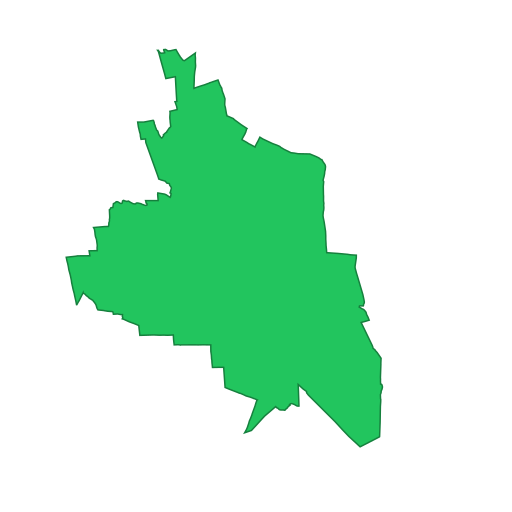 Sipote, Iasi, Romania (Equal Earth projection), rotated 20°
{"feature_id": "2599482B43206903693326", "entity_name": "Sipote", "entity_type": "district", "adm_level": 2, "iso_a3": "ROU", "parent_name": "Romania", "parent_adm1": "Iasi", "projection": "equal_earth", "projection_center": [27.182, 47.479], "detail": "fine", "context": "isolated", "style": "filled", "palette": "green", "viewbox_px": 512, "rotation_deg": 20, "n_neighbors": 0, "source": "geoboundaries", "source_scale": "gbopen_adm2", "svg_char_len": 6053}
<svg xmlns="http://www.w3.org/2000/svg" viewBox="0 0 512 512"><g transform="rotate(20 256 256)"><path d="M294.2,163.0L293.1,161.9L292.7,157.7L292.3,155.2L291.8,153.4L291.6,152.2L291.6,151.4L290.9,148.7L290.6,147.9L289.9,146.9L289.3,146.3L286.7,144.5L284.9,142.9L284.1,143.1L281.6,142.3L278.5,142.0L271.7,141.7L260.6,145.5L256.7,146.2L253.5,147.0L245.4,146.1L243.7,145.7L242.6,145.6L240.8,144.9L237.7,144.7L233.2,144.7L222.4,143.7L219.0,143.0L218.5,147.9L218.2,149.4L218.2,149.7L217.8,152.8L217.8,153.9L212.4,153.1L211.0,153.0L208.5,152.4L203.0,151.5L203.0,150.3L203.9,144.7L203.8,144.4L204.0,143.0L203.9,142.4L203.9,141.3L203.7,140.3L204.0,139.3L197.2,137.7L189.4,135.4L188.2,135.0L188.0,134.7L187.5,134.6L180.6,134.2L180.3,133.4L179.6,132.5L176.4,126.9L175.4,125.5L174.9,124.6L174.5,123.5L173.1,118.9L170.1,115.1L169.0,113.9L167.5,112.0L166.4,110.0L165.9,109.6L165.3,109.3L165.0,108.8L163.6,107.7L160.1,103.6L153.3,109.0L152.6,109.8L151.2,110.9L149.4,112.5L146.1,115.0L141.3,118.8L140.4,119.7L139.9,118.5L138.0,112.4L136.6,108.3L135.5,104.1L134.6,99.3L134.2,97.9L132.7,94.5L131.4,90.7L130.2,88.2L130.0,87.7L129.6,86.0L122.0,96.9L120.6,97.1L119.2,96.3L117.9,95.5L116.7,94.8L115.7,93.9L115.2,93.6L112.0,91.0L110.2,89.4L109.1,90.0L105.4,92.4L103.2,93.4L100.4,92.8L98.7,93.6L98.7,93.9L100.7,96.2L99.7,96.9L97.2,98.0L96.5,97.8L94.6,96.8L94.0,96.1L93.2,96.4L93.8,96.8L94.7,97.7L95.5,98.8L100.5,105.9L107.4,115.5L110.6,120.1L118.9,115.1L125.7,131.0L128.1,136.5L128.8,137.8L127.1,138.7L130.3,142.6L131.1,144.0L131.8,145.4L125.6,149.5L125.9,149.9L126.5,151.5L127.5,154.9L128.3,156.8L128.7,157.6L128.8,157.7L129.6,159.6L131.6,163.5L131.2,164.8L130.8,165.2L129.5,170.1L129.7,170.4L129.0,171.1L128.4,172.1L127.5,174.0L128.1,174.6L127.5,176.5L127.1,177.4L125.8,177.0L123.1,175.0L121.2,172.5L120.8,172.1L119.7,171.8L117.0,168.7L116.4,167.7L115.3,166.7L114.7,165.4L113.3,163.7L112.9,163.7L104.8,168.5L99.0,170.6L101.3,174.9L104.4,179.6L104.9,180.2L105.6,181.2L106.4,183.0L108.1,185.7L112.1,183.8L113.7,187.1L114.1,187.6L135.4,213.2L137.9,216.3L138.2,216.9L140.8,217.0L144.9,216.7L145.5,217.1L146.2,217.3L146.7,217.7L147.3,218.0L149.8,217.6L150.7,219.0L152.7,220.4L153.1,220.8L153.3,221.3L153.6,224.7L153.6,226.1L154.7,226.2L154.8,226.3L155.2,227.9L155.4,229.9L155.3,230.3L150.7,229.2L149.0,229.1L142.2,230.3L142.5,231.7L145.1,237.4L133.3,241.7L134.2,242.9L134.4,243.3L134.4,243.6L134.8,243.9L135.5,244.0L135.7,244.5L136.2,245.1L136.1,245.5L135.1,246.2L133.9,246.4L132.6,246.3L131.4,246.4L130.0,246.2L126.8,246.6L125.5,247.1L125.3,247.3L125.1,248.1L124.9,248.3L124.0,248.6L122.6,248.9L119.7,248.5L117.5,248.0L117.0,248.1L116.4,248.7L115.8,249.0L115.0,248.9L113.6,249.2L113.0,249.0L112.6,249.0L112.3,249.2L111.8,249.9L112.0,250.7L111.9,251.0L112.2,251.8L112.0,252.2L111.5,252.7L110.9,252.9L110.3,252.9L108.0,252.4L107.2,252.4L106.5,252.6L106.0,252.9L106.0,253.2L105.7,253.6L105.7,253.8L105.0,254.6L104.5,255.2L104.1,255.5L104.9,259.4L103.2,260.2L103.0,260.8L102.9,262.1L102.8,262.3L102.4,262.7L104.8,268.4L105.5,270.3L105.8,272.0L106.3,273.1L106.4,273.7L106.4,275.2L107.0,277.1L107.2,278.7L103.5,280.2L93.6,284.8L95.0,286.1L96.3,288.4L97.5,290.9L98.6,292.8L99.7,294.1L100.6,295.3L103.0,299.9L103.4,300.9L103.8,302.5L104.9,305.3L97.4,308.2L99.8,312.6L88.3,316.9L86.4,318.0L78.1,322.1L80.0,325.2L81.7,327.6L83.3,330.2L84.8,332.9L87.9,337.3L89.4,339.7L90.8,342.0L91.9,344.1L93.7,347.0L94.2,347.7L94.5,348.3L95.8,350.3L98.0,353.4L99.0,355.1L102.2,360.1L104.0,363.1L104.3,363.0L104.8,359.5L105.0,359.0L106.1,349.7L106.2,349.9L106.6,350.0L108.6,350.4L109.9,351.2L112.3,351.9L113.8,352.7L115.6,353.0L116.6,353.3L117.4,353.3L117.8,353.4L118.5,354.0L120.1,354.9L122.0,356.3L122.9,357.3L123.7,358.5L124.7,359.7L125.9,360.7L131.6,359.3L132.5,359.2L135.7,358.6L140.0,357.4L140.8,357.6L141.9,359.5L145.8,357.8L149.0,357.3L150.6,356.7L150.8,357.3L151.1,358.6L151.7,359.1L151.9,359.5L151.8,360.8L153.4,360.7L159.3,361.2L164.7,361.2L169.6,361.4L174.0,370.3L186.8,365.2L192.5,363.4L196.3,361.9L200.1,360.7L205.3,358.5L207.2,362.9L209.5,367.5L213.1,366.0L214.8,365.6L215.6,365.5L216.1,365.1L228.6,360.5L232.1,359.3L236.7,357.5L243.9,355.0L246.2,361.1L247.9,364.3L249.4,367.7L250.2,369.1L251.3,371.7L252.1,373.3L253.2,375.6L257.5,374.0L258.3,373.6L263.7,371.7L271.9,390.1L276.1,390.3L286.1,390.5L286.9,390.6L288.6,390.4L291.8,390.6L294.6,390.9L298.7,390.6L301.3,390.6L302.6,390.7L303.6,390.6L306.4,390.8L306.2,391.1L306.2,394.3L306.4,397.1L306.4,403.6L306.4,405.8L306.5,406.7L306.4,410.7L306.2,413.3L306.4,415.6L306.5,420.1L306.4,422.2L305.9,425.4L305.8,426.0L311.4,421.5L318.8,403.6L326.0,390.8L326.6,391.2L327.3,391.5L328.8,391.6L330.2,392.3L330.7,392.4L332.0,392.2L334.9,391.2L335.8,391.1L336.1,390.7L336.5,389.5L337.4,388.1L337.7,386.7L339.0,384.5L338.4,384.3L338.9,383.1L340.3,382.4L342.8,382.4L345.6,382.9L346.9,382.7L347.7,382.3L339.6,362.3L345.6,364.8L349.4,365.9L349.8,366.1L350.1,366.5L350.3,367.2L352.8,368.8L386.9,384.6L396.7,389.7L405.0,393.8L419.1,399.7L433.9,383.7L433.9,383.4L429.6,370.1L424.3,354.7L423.0,350.2L422.2,347.9L421.9,347.7L420.3,343.7L420.3,341.8L419.9,340.3L419.8,339.5L420.0,338.6L419.7,336.1L419.3,335.2L418.2,333.8L417.8,333.6L416.9,333.8L415.5,330.3L415.2,329.3L414.5,327.7L414.3,327.1L413.1,323.4L410.3,314.8L410.2,314.7L408.8,310.3L408.5,309.3L403.7,305.9L402.7,305.2L400.4,304.0L399.8,303.4L399.5,303.3L397.7,302.8L396.5,301.1L395.4,299.9L377.5,282.5L381.1,280.0L384.3,277.6L382.1,275.1L380.0,273.2L378.6,271.2L376.5,269.9L375.3,269.4L373.2,269.3L372.4,269.0L370.5,268.8L370.3,267.6L370.6,267.3L372.8,266.6L373.9,266.2L373.9,265.7L373.6,264.5L373.8,263.0L373.5,262.4L373.5,262.1L372.3,260.0L369.6,255.7L358.0,240.0L356.4,237.9L353.4,233.6L352.9,232.6L352.6,231.7L350.9,223.5L350.0,220.9L344.6,222.5L341.5,223.1L332.0,225.6L321.3,228.7L320.0,225.8L318.2,222.1L317.5,220.3L315.9,216.6L314.7,213.3L312.9,209.0L308.5,200.9L305.9,196.6L305.1,195.0L304.1,191.3L304.0,190.2L303.6,188.5L303.1,187.0L302.2,185.0L301.8,183.4L300.6,181.1L300.0,179.4L299.0,176.6L298.4,175.3L295.4,167.5L294.2,163.0Z" fill="#22c55e" stroke="#15803d" stroke-width="1.5"/></g></svg>